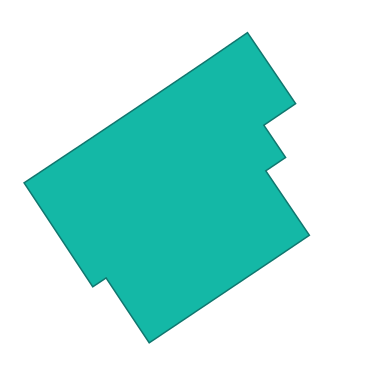 Burke, North Dakota, United States of America (Albers equal-area conic projection), rotated 326°
{"feature_id": "52423323B74352330437058", "entity_name": "Burke", "entity_type": "district", "adm_level": 2, "iso_a3": "USA", "parent_name": "United States of America", "parent_adm1": "North Dakota", "projection": "albers", "projection_center": [-102.401, 48.773], "detail": "fine", "context": "isolated", "style": "filled", "palette": "teal", "viewbox_px": 384, "rotation_deg": 326, "n_neighbors": 0, "source": "geoboundaries", "source_scale": "gbopen_adm2", "svg_char_len": 374}
<svg xmlns="http://www.w3.org/2000/svg" viewBox="0 0 384 384"><g transform="rotate(326 192 192)"><path d="M327.1,90.9L326.7,90.9L275.6,91.3L269.3,91.3L224.0,91.3L134.5,91.0L57.9,90.5L56.7,215.1L72.7,215.2L72.4,254.2L72.2,293.1L226.8,293.5L265.1,293.5L265.0,215.7L288.9,215.7L288.9,176.8L327.3,176.7L327.1,90.9Z" fill="#14b8a6" stroke="#0f766e" stroke-width="1.5"/></g></svg>